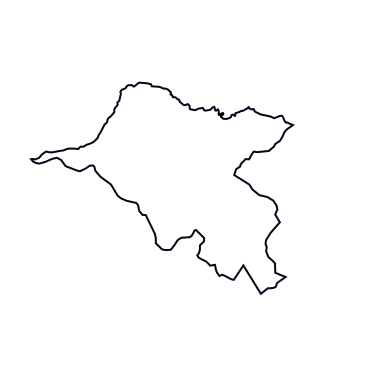 Ouadda, Haute-Kotto, Central African Republic (Mercator projection), rotated 239°
{"feature_id": "33826404B85937091100445", "entity_name": "Ouadda", "entity_type": "district", "adm_level": 2, "iso_a3": "CAF", "parent_name": "Central African Republic", "parent_adm1": "Haute-Kotto", "projection": "mercator", "projection_center": [22.72, 8.057], "detail": "fine", "context": "isolated", "style": "outline", "palette": "ink", "viewbox_px": 384, "rotation_deg": 239, "n_neighbors": 0, "source": "geoboundaries", "source_scale": "gbopen_adm2", "svg_char_len": 3360}
<svg xmlns="http://www.w3.org/2000/svg" viewBox="0 0 384 384"><g transform="rotate(239 192 192)"><path d="M303.0,71.0L299.9,71.4L297.1,73.3L294.9,75.9L293.3,82.1L292.4,89.2L290.9,93.8L286.8,96.3L279.2,97.0L269.2,104.8L267.5,106.7L266.9,112.8L267.2,118.0L265.8,120.7L264.1,121.3L259.8,120.1L251.8,121.5L240.2,126.4L227.1,126.4L223.1,127.9L218.1,131.5L211.3,138.6L208.4,139.0L205.4,137.9L203.0,137.0L197.9,137.8L196.0,140.5L175.1,138.6L171.0,137.2L166.7,134.6L158.2,136.8L155.8,139.5L153.4,144.0L155.3,149.1L158.1,154.9L158.3,159.2L154.4,166.8L154.7,169.5L156.2,172.0L157.7,174.3L157.3,175.9L146.3,178.7L143.5,176.9L142.2,171.4L138.4,169.0L136.0,166.4L135.0,163.9L132.5,163.9L129.5,165.5L124.8,168.5L119.5,169.7L117.7,174.2L113.5,172.6L110.1,171.9L105.8,172.3L105.6,175.0L104.1,176.4L97.2,180.6L95.2,182.5L96.6,185.6L102.6,198.2L69.3,198.6L70.4,207.4L68.9,210.1L67.8,212.5L67.6,215.1L70.2,218.0L70.9,228.4L79.9,221.8L88.1,226.4L91.1,225.8L96.7,224.0L102.8,224.9L106.5,227.8L109.4,228.2L112.5,230.5L116.4,238.1L120.8,251.7L129.8,251.7L133.1,256.2L136.7,257.5L142.6,257.3L148.8,254.1L154.6,248.1L162.9,245.1L168.8,245.0L184.8,236.9L188.8,241.6L189.0,246.3L190.8,248.1L192.6,254.9L190.6,257.7L193.8,263.2L194.8,265.7L192.6,268.4L187.6,279.0L188.8,285.9L190.2,287.8L190.6,293.9L192.9,298.2L195.6,301.9L196.8,305.4L197.4,313.0L199.6,311.3L202.5,309.5L203.1,308.3L204.3,308.0L206.4,308.0L207.9,308.4L209.4,308.6L210.8,308.4L211.8,307.0L212.9,300.5L216.5,298.0L222.9,291.0L227.9,287.7L229.2,287.2L230.2,287.6L231.3,287.6L231.7,286.4L232.4,285.4L233.7,284.4L234.5,283.8L235.2,284.4L235.6,284.2L235.2,282.7L235.2,281.6L235.4,277.2L236.2,275.8L236.2,273.7L237.1,270.1L236.5,269.1L235.3,268.6L235.2,267.8L236.4,267.6L237.2,267.0L237.6,265.5L236.2,264.1L236.1,262.3L236.8,259.2L238.8,256.4L240.2,256.0L241.7,255.5L242.3,256.1L242.2,257.6L242.4,258.5L242.8,259.1L243.7,259.2L244.1,258.0L244.1,256.9L244.0,255.4L244.4,254.7L245.3,255.0L246.0,255.8L246.8,256.3L247.6,256.5L248.7,256.8L249.5,256.7L249.4,255.8L249.3,254.6L249.9,254.0L250.8,254.1L252.2,254.7L253.4,255.0L253.9,253.3L253.5,252.1L253.0,250.5L253.8,248.0L255.0,245.1L256.1,244.4L257.1,244.6L257.7,244.8L258.5,244.5L260.1,240.5L260.5,236.8L264.0,233.0L265.2,233.2L266.6,234.1L267.4,234.2L268.7,234.0L269.7,233.4L269.7,231.3L271.0,229.5L273.1,228.9L274.7,228.2L276.4,228.1L277.6,228.5L278.7,227.8L279.2,227.3L280.4,227.0L281.4,226.7L282.1,226.1L282.6,225.3L283.0,224.6L283.9,224.5L284.7,224.8L285.3,224.8L286.1,224.2L286.4,223.9L287.2,224.1L287.8,225.0L288.4,225.3L290.0,224.7L291.7,224.3L293.5,223.3L294.7,222.0L295.2,220.9L296.5,220.0L297.9,219.1L299.2,217.8L303.3,212.0L305.4,212.3L308.2,209.6L311.2,205.5L312.9,203.1L312.8,200.2L312.3,198.3L312.4,196.3L314.6,195.6L315.5,193.7L316.4,192.6L316.2,190.4L315.7,189.5L315.1,188.3L315.7,185.0L315.5,183.4L314.6,182.1L313.0,181.8L307.6,176.6L307.1,174.0L305.3,173.5L304.3,171.4L303.8,169.6L303.3,168.5L301.7,167.2L300.4,166.4L298.8,161.7L298.2,157.6L295.6,155.2L294.7,151.6L290.2,144.3L288.8,141.2L287.4,139.7L286.6,138.0L285.6,133.2L285.9,129.6L286.8,125.7L286.6,122.9L287.1,121.6L288.1,120.3L288.2,118.8L287.6,117.5L287.5,116.5L290.1,113.0L292.8,108.5L293.5,105.8L293.8,103.3L295.2,100.1L297.8,93.1L299.1,90.7L301.8,87.7L301.8,86.5L301.5,83.1L301.0,81.3L300.0,78.6L300.4,76.6L300.7,74.3L302.6,72.1L303.0,71.0Z" fill="none" stroke="#020617" stroke-width="2"/></g></svg>